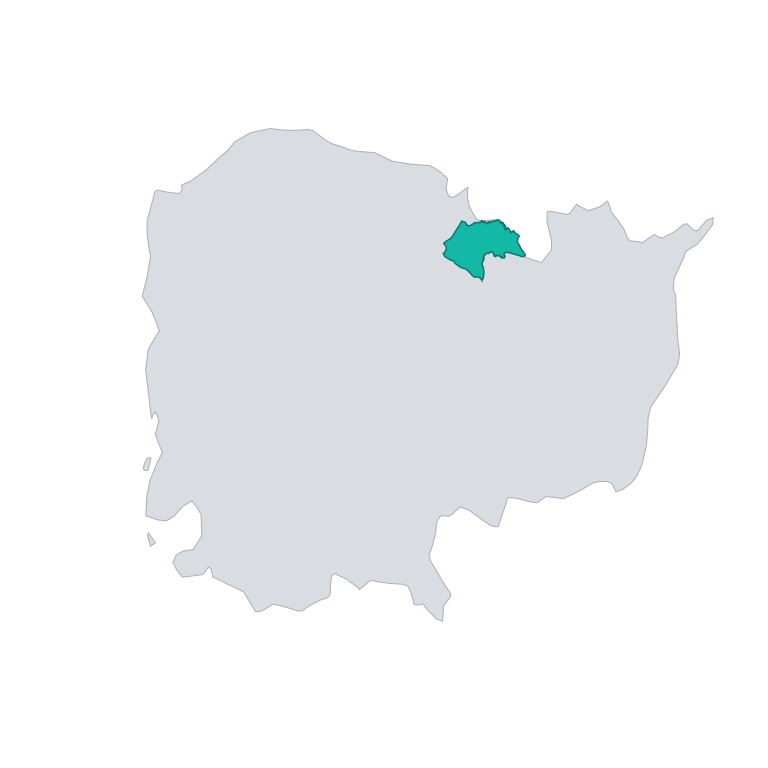 location of Chhaeb, Preah Vihéar, Cambodia, rotated 17°
{"feature_id": "14789045B96642670477146", "entity_name": "Chhaeb", "entity_type": "district", "adm_level": 2, "iso_a3": "KHM", "parent_name": "Cambodia", "parent_adm1": "Preah Vihéar", "projection": "robinson", "projection_center": [105.534, 13.896], "detail": "fine", "context": "in_parent", "style": "filled", "palette": "teal", "viewbox_px": 768, "rotation_deg": 17, "n_neighbors": 0, "source": "geoboundaries", "source_scale": "gbopen_adm2", "svg_char_len": 8478}
<svg xmlns="http://www.w3.org/2000/svg" viewBox="0 0 768 768"><g transform="rotate(17 384 384)"><path d="M650.1,128.7L651.7,135.2L647.4,147.6L642.7,158.9L634.0,168.7L633.6,175.9L630.6,197.5L631.8,204.3L633.8,210.2L636.7,213.4L644.3,234.5L651.2,253.7L658.1,269.4L659.3,279.4L653.1,304.6L645.8,327.8L646.5,339.4L649.7,351.0L653.0,366.4L654.3,386.2L652.5,399.0L649.2,407.0L642.9,415.2L637.5,419.4L630.8,412.4L625.6,412.1L618.5,414.2L613.0,417.4L601.7,429.5L589.2,441.2L571.9,444.2L565.2,452.8L558.0,454.0L544.3,454.5L535.3,456.5L535.7,460.9L535.0,481.5L535.2,486.3L533.8,487.6L527.6,488.2L517.1,485.1L502.9,480.0L492.8,479.2L487.6,488.1L484.5,491.6L480.6,492.2L476.6,493.8L475.3,497.8L475.0,502.8L476.9,511.4L477.6,525.0L477.1,534.3L480.8,540.2L502.6,559.9L509.0,564.9L509.7,567.8L505.9,578.6L509.3,593.7L502.5,593.4L491.2,586.9L485.7,583.0L479.2,586.1L476.9,585.5L472.4,578.1L466.6,570.5L460.6,570.0L448.0,573.0L435.0,575.1L430.1,575.0L428.1,576.4L420.6,587.7L417.4,585.8L404.4,581.5L392.5,579.8L390.0,582.7L391.5,592.0L394.1,601.0L392.6,604.8L386.0,609.5L377.4,618.0L372.1,624.7L368.4,626.3L355.3,626.0L342.2,626.9L336.9,633.1L332.0,638.0L327.7,639.3L310.6,623.8L276.6,618.5L273.0,611.6L269.7,610.3L266.5,619.2L247.9,627.7L240.1,622.5L234.3,616.3L235.2,608.7L240.6,602.5L249.9,598.0L254.2,582.4L247.2,562.3L241.0,556.5L234.5,551.9L227.6,559.3L221.8,572.1L215.7,578.6L207.2,580.1L194.8,579.6L190.0,560.5L188.4,544.2L190.1,525.6L192.1,514.5L180.1,499.3L179.5,484.8L173.7,477.3L172.0,481.1L172.1,485.3L170.5,482.2L151.7,439.7L148.5,420.0L151.8,404.8L153.8,399.7L148.3,391.7L140.7,382.6L127.1,370.7L126.3,351.9L123.3,329.7L119.3,322.2L113.1,308.5L109.8,297.2L108.7,267.2L110.4,264.8L120.0,264.0L132.4,261.8L134.3,257.0L132.2,253.0L140.1,246.2L151.4,231.3L160.2,215.8L166.5,206.0L170.3,196.3L183.0,182.5L200.5,173.0L212.4,170.8L224.8,167.5L236.7,162.9L242.3,162.5L257.0,168.0L265.0,169.5L273.3,169.4L282.0,170.0L289.5,169.4L307.6,165.5L326.7,168.6L343.8,166.2L364.9,161.7L375.3,164.5L384.8,169.0L386.1,178.1L388.3,182.3L391.4,185.5L395.6,185.5L401.0,179.1L405.5,172.6L407.0,171.4L407.2,174.6L409.5,181.7L413.5,188.7L417.6,193.3L424.4,199.5L428.8,199.8L443.3,194.0L464.9,202.4L467.5,206.7L474.5,215.3L482.1,221.5L499.0,221.9L505.0,206.7L502.1,197.4L492.4,181.3L489.8,171.7L492.9,170.1L509.2,168.3L511.9,166.4L515.5,155.9L519.9,157.1L528.9,158.5L538.5,151.3L544.2,143.8L547.3,147.2L550.6,152.5L554.4,155.5L561.2,160.1L568.8,166.4L573.5,172.7L577.3,175.1L587.0,173.4L589.6,173.6L595.3,166.0L599.2,161.9L602.6,163.1L607.4,163.0L617.6,153.3L623.3,144.5L626.5,142.1L635.6,146.5L639.2,145.6L644.4,133.5L650.1,128.7ZM183.6,535.4L181.8,536.5L180.0,536.5L178.2,534.8L178.4,527.9L179.7,523.7L182.8,522.9L183.6,535.4ZM211.9,602.8L208.1,607.4L202.1,597.9L202.1,595.2L211.9,602.8Z" fill="#d9dde1" stroke="#a8b0b8" stroke-width="1"/><path d="M447.4,256.4L447.3,255.6L447.6,255.2L447.6,254.6L447.9,254.1L448.0,253.8L447.8,252.9L447.8,251.9L447.6,251.6L447.3,250.7L447.3,249.4L446.7,247.2L445.4,245.0L445.1,243.6L444.8,243.2L444.5,243.2L444.2,242.9L443.5,242.4L443.2,241.6L443.3,241.1L442.5,240.5L442.5,239.4L442.3,239.1L442.3,238.8L442.5,238.5L442.5,238.4L442.8,238.2L442.9,237.8L443.0,237.6L442.9,237.4L443.0,237.0L442.5,236.4L442.5,236.1L442.9,235.8L442.9,235.7L443.0,235.6L442.7,235.1L442.8,234.8L442.6,234.8L442.7,234.5L442.5,234.2L442.2,234.1L442.3,234.0L442.1,233.9L442.1,233.4L442.0,233.2L442.1,232.9L442.0,232.7L442.3,232.4L442.2,232.3L442.3,232.0L442.1,231.9L442.3,231.8L442.4,231.6L442.5,231.5L442.5,231.4L442.8,231.1L442.7,231.0L442.8,230.8L442.9,230.0L443.3,229.8L443.6,229.7L444.0,229.1L444.6,228.8L444.8,228.7L445.0,228.5L445.3,228.6L445.5,228.7L445.7,228.2L445.9,228.1L445.9,227.9L446.1,227.7L446.1,227.8L446.8,227.6L446.8,227.3L446.9,227.1L447.0,227.1L447.4,226.7L447.8,226.5L448.0,226.2L448.3,225.9L448.8,226.1L449.1,226.4L449.3,226.4L449.5,226.3L449.8,226.7L450.0,226.7L450.4,226.8L450.7,227.2L450.9,227.9L451.0,228.0L451.3,227.9L451.4,228.1L451.4,228.3L451.5,228.4L451.7,228.6L451.7,228.8L451.9,228.7L452.0,228.9L452.3,229.0L452.4,229.5L453.1,229.6L453.3,229.4L453.2,229.0L453.4,228.9L453.4,228.6L453.7,228.6L453.9,228.2L454.1,228.1L454.3,228.2L454.7,228.1L455.0,228.2L455.2,227.9L455.6,228.2L455.8,228.2L456.2,228.0L456.3,227.8L456.4,227.6L456.5,227.6L456.9,227.7L457.2,227.4L457.6,227.7L457.8,227.7L458.2,227.9L458.2,228.2L458.7,228.8L459.1,228.8L459.2,228.5L459.5,228.4L459.7,228.6L459.8,228.2L460.2,228.6L460.4,228.9L460.5,228.9L460.8,228.5L461.2,228.5L461.6,228.3L461.8,228.4L462.1,228.3L462.3,227.8L462.3,227.6L462.2,227.3L462.4,227.1L462.2,226.9L462.4,226.7L462.1,226.2L461.8,226.4L461.5,226.2L461.5,225.8L461.4,225.7L461.3,225.8L461.1,225.7L461.2,225.2L461.3,225.0L461.3,224.7L460.9,224.6L461.0,224.4L460.9,224.1L460.9,223.8L461.0,223.3L461.3,223.2L461.6,222.9L462.0,222.4L463.4,222.1L465.6,221.9L466.8,221.7L468.3,221.9L470.6,221.7L472.8,221.8L474.3,221.7L476.4,221.7L477.6,221.9L478.4,221.8L479.2,221.7L479.9,221.3L481.0,220.6L481.5,220.0L481.2,219.5L481.0,218.7L480.0,217.9L479.5,217.6L479.0,217.2L478.5,216.6L477.5,216.2L476.7,215.4L476.0,215.1L475.5,214.6L474.7,214.0L473.7,212.4L473.3,212.2L473.0,211.8L472.3,211.4L471.6,210.5L471.0,210.2L470.4,209.7L470.2,209.2L469.5,207.3L469.6,206.8L469.6,206.2L469.4,205.7L469.4,205.4L469.8,204.4L470.0,203.3L470.0,203.0L469.8,202.7L468.3,202.0L467.6,201.9L465.2,201.1L464.6,201.3L464.4,201.1L463.6,199.7L463.3,199.5L462.7,199.8L462.4,200.4L461.8,201.2L461.7,202.0L461.4,202.2L461.2,202.2L460.9,202.0L460.7,201.4L459.6,200.7L459.4,200.5L459.2,200.3L458.9,199.6L457.4,199.0L457.1,198.8L456.8,198.4L456.5,198.2L456.2,198.3L456.1,198.6L456.3,198.8L456.7,198.8L456.8,198.9L456.7,199.4L456.5,199.5L456.2,199.2L455.7,199.4L455.5,199.7L455.5,200.8L455.3,201.0L455.0,201.0L453.7,199.6L454.1,198.4L454.0,198.2L453.5,197.6L453.8,197.4L453.9,197.0L453.8,196.9L453.3,197.1L453.1,197.1L452.5,196.5L452.4,196.6L452.2,196.9L452.2,197.5L451.3,196.6L451.2,196.3L451.3,195.5L451.2,195.3L450.8,195.4L450.6,195.0L450.4,194.9L449.8,195.2L449.6,195.2L449.1,194.8L448.9,194.7L448.8,194.8L448.8,195.5L449.3,195.9L449.2,196.1L448.9,196.2L447.6,195.3L447.5,194.6L447.1,194.1L446.1,193.5L445.9,193.4L445.4,193.7L445.1,193.7L445.1,194.0L444.7,194.0L444.5,194.4L444.3,194.4L444.3,194.6L444.0,194.5L443.9,194.6L443.3,194.9L443.2,195.4L442.9,195.7L442.7,195.6L442.4,195.6L442.2,195.8L441.9,195.9L441.9,196.2L441.9,196.3L441.6,196.3L441.5,196.6L441.4,196.6L441.3,196.4L441.2,196.4L440.7,196.8L440.5,196.7L440.3,196.8L440.2,196.5L439.9,196.6L439.9,197.0L439.4,197.2L439.3,197.4L439.0,197.5L438.9,198.0L438.7,198.2L438.4,198.4L437.9,198.4L437.8,198.6L437.6,198.3L437.4,198.4L437.3,198.1L437.1,198.4L437.1,198.7L437.1,198.8L437.0,198.7L436.9,198.7L436.5,199.2L436.3,199.3L436.1,199.3L436.1,199.1L435.7,199.5L435.7,199.8L435.5,200.0L435.5,199.9L435.5,199.7L435.4,199.6L435.2,200.4L434.8,200.3L434.6,200.3L434.3,200.1L434.2,199.8L434.3,199.6L434.2,199.7L433.6,199.9L433.5,199.7L433.2,199.8L433.3,199.7L433.2,199.4L433.1,199.5L432.9,199.9L432.6,200.0L432.3,199.7L432.0,200.0L431.5,199.9L431.4,199.6L431.4,199.4L431.1,199.3L431.0,199.2L431.1,199.4L430.9,199.5L430.7,199.3L430.5,199.5L430.2,199.4L430.3,199.6L430.2,199.8L430.3,200.0L430.2,200.2L429.9,200.4L429.6,200.0L429.4,200.5L429.0,200.4L428.8,200.8L428.9,201.0L428.7,201.2L428.7,201.5L428.5,201.9L428.3,201.8L428.1,202.0L427.8,201.8L427.1,201.8L426.6,202.1L426.2,202.6L425.9,202.8L425.6,202.8L425.2,203.0L425.0,202.9L424.5,202.8L424.2,203.0L424.1,202.9L423.7,203.1L423.4,203.1L423.3,204.0L422.9,204.0L422.8,204.4L422.6,204.6L421.7,205.4L421.1,206.2L420.6,207.0L420.4,207.2L419.8,207.5L418.3,207.8L417.4,208.2L416.4,207.2L415.1,206.2L414.8,205.8L414.4,205.6L413.7,205.5L410.6,205.5L410.4,206.7L410.3,207.3L410.1,208.0L409.9,209.8L409.1,212.2L408.6,213.6L406.3,222.6L404.8,225.8L404.6,226.1L403.6,227.0L402.8,228.2L402.1,228.8L401.3,229.8L400.7,230.5L400.3,231.3L400.1,231.8L400.1,232.1L400.3,232.4L401.5,233.2L402.3,233.6L402.8,234.1L403.2,234.7L404.1,236.8L403.9,239.0L403.5,239.8L403.3,240.6L403.2,241.0L402.6,241.9L402.7,242.1L403.6,243.1L404.2,243.7L404.9,244.2L405.5,244.5L407.8,245.1L410.1,245.7L412.4,246.2L412.9,246.2L413.5,245.6L414.9,246.3L416.3,247.5L417.2,248.0L419.3,248.8L419.5,248.8L421.0,249.4L422.5,249.8L424.2,250.2L425.7,250.2L427.3,250.1L428.6,250.3L429.5,250.5L431.4,251.3L432.9,252.2L434.7,253.1L436.7,254.4L438.2,255.1L439.2,255.4L439.5,255.3L440.8,254.9L441.9,254.4L442.5,254.1L443.5,254.1L445.2,254.7L446.3,255.4L447.4,256.4Z" fill="#14b8a6" stroke="#0f766e" stroke-width="1.5"/></g></svg>